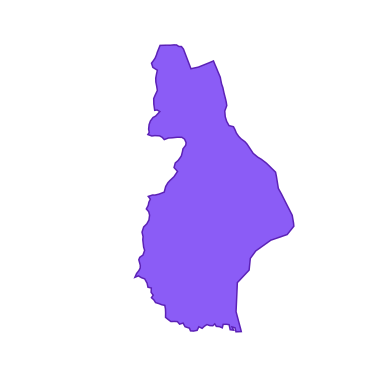 outline of Paulicéia, São Paulo, Brazil, rotated 158°
{"feature_id": "56859067B44376759807696", "entity_name": "Paulicéia", "entity_type": "district", "adm_level": 2, "iso_a3": "BRA", "parent_name": "Brazil", "parent_adm1": "São Paulo", "projection": "mercator", "projection_center": [-51.775, -21.212], "detail": "fine", "context": "isolated", "style": "filled", "palette": "violet", "viewbox_px": 384, "rotation_deg": 158, "n_neighbors": 0, "source": "geoboundaries", "source_scale": "gbopen_adm2", "svg_char_len": 2303}
<svg xmlns="http://www.w3.org/2000/svg" viewBox="0 0 384 384"><g transform="rotate(158 192 192)"><path d="M198.6,44.1L198.2,46.9L196.0,64.5L183.9,91.0L168.3,98.2L162.8,108.6L154.9,113.5L137.0,117.8L119.7,116.9L110.4,122.1L109.5,125.1L107.8,132.9L109.1,147.7L109.8,156.3L110.6,163.0L107.9,174.8L107.1,179.1L112.2,190.8L115.5,196.4L118.0,199.7L120.8,204.9L122.2,211.8L123.1,216.1L124.1,218.8L126.6,222.9L127.9,226.1L128.8,230.1L128.8,233.7L129.1,237.0L132.8,239.7L133.4,244.4L133.0,249.3L131.3,254.8L127.4,259.1L126.6,262.4L126.1,265.4L125.2,272.1L124.3,277.2L124.1,281.1L123.4,284.9L122.8,287.8L122.9,293.9L122.9,298.4L123.0,301.2L123.0,305.5L127.2,305.4L139.3,305.4L146.8,306.7L146.4,327.7L147.3,330.8L149.7,331.9L151.2,334.1L153.7,335.2L157.1,336.2L161.0,337.8L166.7,339.9L169.1,337.4L171.9,334.5L173.5,332.5L176.1,329.9L179.1,327.9L181.3,326.6L181.6,322.2L178.5,317.9L180.9,314.4L183.0,311.1L184.3,307.6L185.2,302.9L186.1,299.1L190.1,295.4L192.5,293.0L194.5,287.7L196.0,281.7L193.6,281.1L191.7,278.6L197.3,276.0L200.2,275.7L204.0,273.4L206.5,270.6L208.7,266.5L209.3,263.3L211.4,261.8L208.3,259.0L205.3,258.2L201.0,256.2L199.1,253.8L198.1,251.0L193.6,250.9L189.8,249.6L185.2,248.3L180.9,246.5L179.1,243.8L179.0,239.9L180.3,237.7L184.2,235.4L185.8,232.9L188.3,229.5L190.5,228.0L193.1,226.4L196.6,225.2L199.5,221.4L197.7,216.5L203.0,212.9L208.2,210.9L210.9,209.6L214.3,207.0L217.8,202.3L223.3,202.4L227.4,203.0L229.8,204.0L234.2,204.3L233.3,201.0L235.8,198.7L237.6,196.0L240.7,193.4L239.5,190.0L240.0,186.4L242.4,182.2L245.8,179.4L249.9,177.7L253.4,173.5L254.1,168.9L255.5,166.2L256.3,163.3L257.5,159.0L257.8,155.6L261.1,151.9L264.9,151.0L266.7,149.1L267.4,143.4L268.5,140.9L270.6,139.1L273.9,137.2L276.9,134.3L273.1,134.3L271.0,131.5L268.4,129.2L267.8,124.3L268.5,120.2L265.7,118.2L267.5,114.3L266.6,110.9L269.2,109.2L267.8,106.3L267.2,103.1L264.5,100.9L262.3,98.8L259.7,97.1L260.4,93.6L261.8,89.7L263.5,85.7L262.2,83.3L260.1,79.8L256.6,78.5L254.1,77.3L253.0,74.1L249.4,73.8L248.9,69.7L245.4,66.7L245.4,63.8L242.7,62.5L239.1,61.8L236.1,64.5L233.7,61.8L230.8,62.9L227.8,63.5L225.6,61.5L222.8,60.2L220.3,61.2L219.8,58.3L217.0,56.9L214.8,54.7L212.7,57.6L209.7,56.5L207.3,55.1L208.2,50.0L205.2,48.3L205.4,51.9L203.0,50.0L203.6,45.9L198.6,44.1Z" fill="#8b5cf6" stroke="#5b21b6" stroke-width="1.5"/></g></svg>